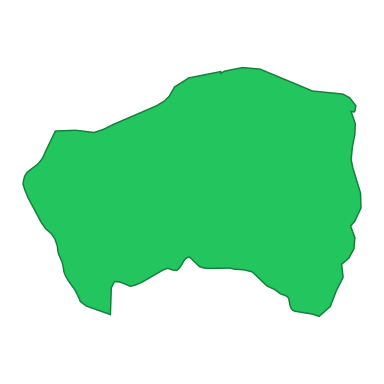 SVG path tracing the border of Cabañas
{"feature_id": "SLV-1344", "entity_name": "Cabañas", "entity_type": "Department", "adm_level": 1, "iso_a3": "SLV", "parent_name": "El Salvador", "parent_adm1": "", "projection": "equal_earth", "projection_center": [-88.722, 13.882], "detail": "fine", "context": "isolated", "style": "filled", "palette": "green", "viewbox_px": 384, "rotation_deg": 0, "n_neighbors": 0, "source": "natural_earth", "source_scale": "10m", "svg_char_len": 1479}
<svg xmlns="http://www.w3.org/2000/svg" viewBox="0 0 384 384"><path d="M220.7,71.6L220.6,73.3L224.8,71.1L242.4,67.6L260.0,69.1L312.4,91.0L342.9,94.1L349.6,97.7L355.8,105.7L355.3,108.6L355.0,110.9L354.6,111.4L354.1,112.0L353.9,112.0L351.0,111.5L351.8,113.6L355.3,123.8L354.8,134.6L352.5,146.0L351.1,159.7L353.0,168.5L360.5,193.0L361.0,207.9L354.9,221.0L353.6,222.5L350.6,226.1L354.9,237.7L353.9,248.8L349.0,258.0L341.6,264.3L343.1,277.2L336.6,290.2L330.3,306.2L330.3,306.5L319.1,316.4L312.6,314.1L295.1,311.3L292.6,310.2L291.2,308.6L290.4,306.6L289.8,304.3L288.9,299.3L287.9,297.2L286.0,295.8L281.2,294.1L279.5,293.2L274.9,289.6L267.5,286.2L265.9,285.0L253.2,272.7L251.6,271.7L244.0,269.8L234.5,269.2L229.9,268.1L207.8,268.4L202.9,267.8L199.6,266.7L189.7,257.2L187.4,257.5L184.9,259.2L181.4,265.2L179.2,268.3L176.8,270.4L172.7,270.0L167.7,268.3L163.2,269.9L141.6,282.4L135.0,285.2L130.2,286.3L123.0,283.1L119.0,281.9L114.5,281.6L112.6,285.1L111.3,287.9L110.4,314.6L86.4,306.1L80.2,301.4L79.5,299.0L75.1,290.2L68.4,280.8L65.5,275.8L63.9,271.7L63.0,265.7L62.1,262.1L58.6,254.1L57.8,250.2L57.3,246.0L54.8,238.7L51.4,233.8L45.8,228.8L41.5,222.9L28.1,197.8L24.8,189.9L23.0,184.0L23.4,181.2L24.0,178.6L24.6,176.4L25.7,174.4L26.8,172.8L28.2,171.4L37.4,164.4L40.0,161.5L42.4,158.3L44.4,154.2L45.2,152.1L55.4,131.0L75.8,130.3L94.0,132.5L103.4,129.4L113.8,124.2L156.3,105.9L164.6,100.9L169.3,96.2L174.5,87.0L188.8,77.9L220.7,71.6Z" fill="#22c55e" stroke="#15803d" stroke-width="1.5"/></svg>